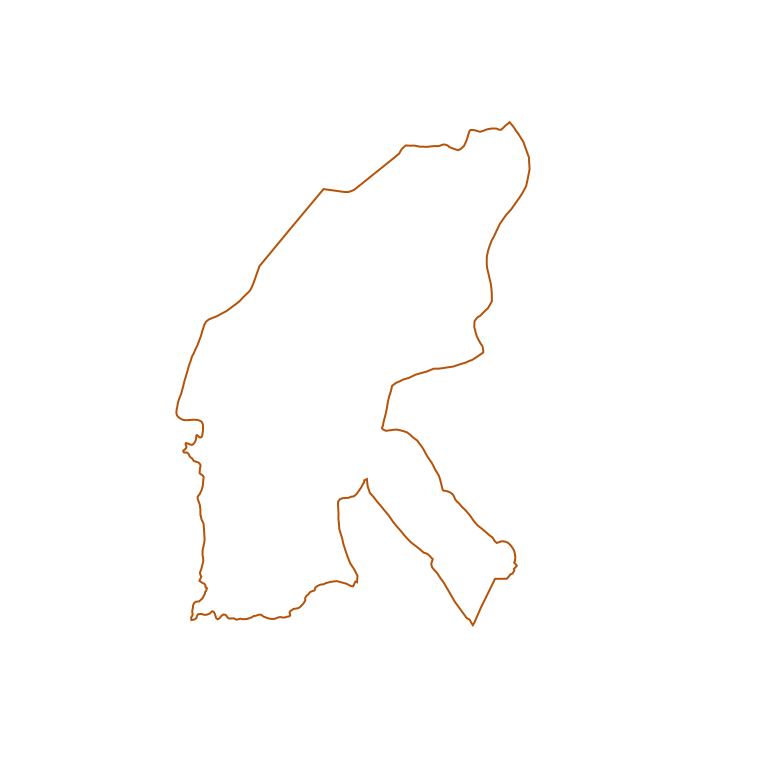 the district of Chol Kiri, Kâmpóng Chhnang, Cambodia, rotated 201°
{"feature_id": "14789045B95522882738357", "entity_name": "Chol Kiri", "entity_type": "district", "adm_level": 2, "iso_a3": "KHM", "parent_name": "Cambodia", "parent_adm1": "Kâmpóng Chhnang", "projection": "mercator", "projection_center": [104.817, 12.155], "detail": "fine", "context": "isolated", "style": "outline", "palette": "amber", "viewbox_px": 768, "rotation_deg": 201, "n_neighbors": 0, "source": "geoboundaries", "source_scale": "gbopen_adm2", "svg_char_len": 6160}
<svg xmlns="http://www.w3.org/2000/svg" viewBox="0 0 768 768"><g transform="rotate(201 384 384)"><path d="M516.3,218.8L516.5,217.3L516.6,215.0L517.1,213.8L517.5,212.0L517.0,210.3L515.5,208.5L514.0,206.8L512.5,204.9L510.3,200.8L510.0,199.8L508.4,195.8L507.5,195.0L506.9,193.8L505.7,192.0L504.5,190.9L503.7,190.3L502.6,189.1L502.0,188.2L495.8,174.7L495.6,173.7L494.9,171.4L494.7,169.5L494.2,166.8L493.8,163.9L492.3,159.7L490.9,157.4L489.4,154.4L489.1,153.1L488.6,148.4L488.4,147.0L488.2,145.0L488.3,143.7L488.2,142.0L487.8,141.1L486.6,139.6L485.6,138.9L485.6,137.6L485.8,134.1L482.5,133.3L479.8,133.0L478.4,131.9L477.7,130.2L476.1,129.9L476.0,126.9L476.4,125.9L476.3,124.9L476.1,123.5L476.6,119.0L478.7,114.8L481.6,113.3L482.8,111.4L482.9,109.1L482.2,106.4L481.6,103.1L481.1,102.0L480.3,100.9L479.9,99.5L480.3,96.9L479.9,95.9L479.2,94.6L476.6,96.2L475.3,98.1L475.5,100.8L474.8,102.7L471.9,103.9L469.0,104.1L466.5,105.3L464.3,107.4L463.4,109.5L462.7,110.4L461.3,110.2L459.8,109.1L456.8,105.3L455.0,104.7L453.8,106.1L453.2,107.5L453.0,108.5L452.4,109.8L451.0,111.5L449.1,111.6L447.8,111.0L446.5,110.0L444.5,109.5L442.2,110.6L440.2,111.4L437.2,111.1L433.9,113.5L431.8,113.7L429.5,114.7L427.6,115.6L425.6,117.2L423.8,118.9L422.5,120.6L420.9,121.5L418.5,123.4L417.1,124.4L415.9,124.5L413.2,123.7L411.9,123.7L409.7,123.7L407.6,123.8L405.7,124.1L404.1,124.6L402.1,125.5L398.8,128.4L397.4,129.2L396.4,129.5L395.0,129.6L392.6,130.7L391.4,131.8L389.4,133.0L388.6,134.2L389.1,135.3L390.3,136.7L390.1,138.3L388.7,140.4L387.7,141.7L385.6,142.8L383.5,144.2L382.1,146.4L380.6,150.2L379.9,153.5L380.9,155.9L380.4,158.6L379.3,160.5L378.3,163.5L374.9,166.4L375.1,169.6L373.3,172.1L371.3,174.0L368.6,175.4L366.9,177.3L363.3,179.9L359.7,181.9L357.3,183.1L354.5,183.4L351.1,183.7L347.5,184.1L342.5,183.5L340.3,184.0L339.9,189.3L338.1,189.3L340.1,195.5L345.4,200.3L351.2,204.4L356.3,209.9L364.3,219.7L367.9,225.1L373.6,232.3L376.0,237.4L378.3,241.9L380.0,246.7L383.5,254.4L384.7,257.8L383.9,260.6L381.7,262.6L378.9,263.9L376.4,265.0L374.1,267.1L371.8,268.4L370.2,271.5L368.3,278.8L367.8,283.3L367.4,284.4L367.9,287.0L365.9,289.1L362.6,282.6L358.1,277.2L353.8,275.1L348.4,271.8L343.4,269.1L337.1,265.5L332.7,263.1L325.9,258.4L321.7,256.0L315.9,253.0L311.1,250.2L306.4,247.8L302.0,245.8L292.3,242.9L286.2,240.7L285.0,241.0L282.3,240.8L279.1,239.6L277.3,238.6L275.7,238.0L275.5,233.2L274.8,232.0L273.7,230.4L272.6,229.6L270.2,228.3L267.8,227.2L265.5,225.7L261.8,223.0L257.1,220.0L244.5,209.9L240.3,206.4L222.9,195.1L219.9,194.7L218.4,193.8L217.5,192.8L214.6,190.7L214.1,194.2L213.4,210.0L210.5,241.9L199.6,246.2L198.7,248.5L197.6,251.8L196.0,253.2L195.8,254.6L195.5,256.5L196.5,257.7L195.4,260.4L194.9,262.0L197.5,263.5L198.5,263.9L198.4,266.1L199.3,269.3L201.1,272.6L202.8,275.0L204.8,276.7L207.8,278.7L211.2,280.2L214.3,280.3L217.7,279.4L220.2,277.4L221.7,276.0L224.2,276.9L227.7,279.6L230.6,280.3L240.3,283.8L246.1,285.6L251.0,288.2L256.2,291.8L262.3,295.2L266.7,297.0L271.4,299.5L273.4,300.2L275.1,301.1L276.4,302.0L278.1,303.9L280.4,305.7L282.9,306.4L285.4,306.6L287.2,306.4L290.4,305.8L291.3,306.2L296.2,313.3L299.7,317.9L305.8,322.6L309.6,326.2L311.8,328.0L316.9,331.4L319.9,333.8L323.4,336.9L326.7,339.4L329.2,340.8L332.4,343.0L338.0,344.6L341.2,346.0L345.2,347.1L348.8,347.0L352.2,346.6L356.3,345.9L360.3,343.8L365.4,341.0L367.6,341.1L369.4,341.5L370.3,342.4L370.0,344.7L370.7,347.8L371.2,351.9L371.7,356.6L372.7,362.8L374.0,368.8L374.7,374.2L375.0,379.8L375.8,385.2L373.1,389.5L371.2,391.2L367.8,394.9L362.9,398.7L357.9,404.0L353.3,407.5L348.6,410.9L343.1,416.1L338.5,417.9L335.3,419.6L331.5,421.8L325.6,425.1L320.3,429.5L315.0,433.6L313.5,435.3L310.4,438.0L307.1,442.5L302.7,448.9L303.2,450.5L304.5,452.9L306.0,454.9L308.2,456.3L310.5,458.2L314.2,461.5L316.9,465.0L320.2,469.6L322.0,475.1L320.7,479.7L318.7,482.1L316.0,488.3L314.2,491.7L312.9,499.7L314.3,503.5L316.3,508.3L318.7,513.1L320.8,516.8L323.4,520.5L324.8,522.7L326.9,525.8L328.9,528.6L330.8,532.2L332.7,537.1L333.6,539.7L334.6,545.5L334.9,551.4L334.9,556.2L334.2,561.8L333.7,568.8L333.2,575.0L331.7,581.3L330.8,584.7L330.1,586.9L329.2,589.1L327.7,593.2L326.0,600.1L324.2,606.9L323.1,612.6L322.2,619.5L323.4,627.5L325.1,636.8L327.5,642.0L330.0,647.6L340.9,660.2L343.8,662.3L347.4,665.1L351.5,667.7L355.0,670.3L357.9,672.0L360.7,673.4L361.4,671.8L362.1,670.6L363.3,668.6L364.3,666.2L365.9,663.2L367.9,662.7L370.8,662.7L375.2,661.0L378.9,658.8L380.4,657.5L382.1,655.9L384.7,653.9L386.2,653.7L388.4,653.6L390.0,653.4L392.5,652.9L394.4,652.0L394.8,650.3L394.7,647.0L394.3,643.2L394.3,638.9L394.6,635.1L396.3,631.3L398.6,628.8L403.9,628.6L407.9,628.6L410.0,629.5L413.0,629.4L414.3,628.9L416.1,627.5L418.0,625.8L420.1,624.9L422.2,624.2L424.8,622.9L429.3,620.6L432.6,619.6L435.6,618.4L441.0,617.5L443.9,616.3L446.9,615.2L449.0,614.6L450.2,612.8L451.6,609.7L452.1,606.9L452.4,604.6L454.6,600.6L481.3,554.8L483.7,552.3L486.1,550.5L487.6,549.8L489.7,549.1L510.3,544.3L526.5,497.0L542.5,449.4L542.0,431.7L542.2,426.5L542.6,423.4L543.5,420.9L545.1,417.7L546.8,413.8L548.6,409.5L550.9,405.5L553.7,401.2L557.0,395.9L560.5,391.9L564.5,387.2L567.1,384.9L569.0,383.0L570.6,381.6L572.4,378.5L573.0,375.1L572.8,372.4L572.6,367.7L572.1,363.4L572.1,359.0L572.0,353.8L572.4,349.6L572.6,344.6L573.1,341.1L572.8,336.1L572.7,331.2L572.2,326.6L571.3,314.6L570.5,308.7L569.9,302.4L569.9,297.6L569.8,293.8L569.4,291.2L568.7,288.0L568.5,286.0L567.4,282.4L565.9,280.5L564.5,279.6L562.8,279.0L561.2,278.7L558.8,278.5L557.2,278.8L555.2,279.5L551.1,281.4L548.8,282.5L545.4,283.6L544.1,283.7L542.4,283.7L540.5,283.3L538.6,281.4L537.9,279.8L536.4,275.9L535.6,272.4L535.1,270.0L535.7,268.5L537.3,268.1L539.2,269.0L540.3,269.3L540.7,268.3L539.9,266.0L539.6,263.5L540.0,260.6L541.2,258.5L542.7,258.0L545.4,258.2L547.7,257.9L547.8,256.7L547.0,256.0L546.1,254.9L545.7,253.6L546.5,251.4L547.5,249.9L547.0,248.8L545.9,248.4L543.5,249.4L541.5,248.8L539.9,247.2L538.6,246.3L537.1,246.0L535.5,245.1L534.3,244.1L533.3,244.0L528.9,244.2L526.6,242.9L525.9,241.9L525.7,240.0L525.2,237.8L524.2,234.7L522.4,234.0L520.5,233.7L519.1,232.6L518.7,231.4L518.3,229.4L517.3,226.4L516.7,223.9L516.3,220.0L516.3,218.8Z" fill="none" stroke="#b45309" stroke-width="2"/></g></svg>